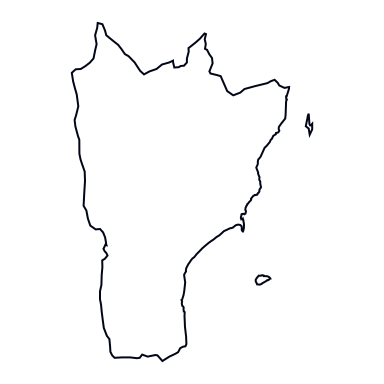 Bukoba Urban, Kagera, United Republic of Tanzania (Robinson projection)
{"feature_id": "72390352B77165247512892", "entity_name": "Bukoba Urban", "entity_type": "district", "adm_level": 2, "iso_a3": "TZA", "parent_name": "United Republic of Tanzania", "parent_adm1": "Kagera", "projection": "robinson", "projection_center": [31.824, -1.321], "detail": "fine", "context": "isolated", "style": "outline", "palette": "ink", "viewbox_px": 384, "rotation_deg": 0, "n_neighbors": 0, "source": "geoboundaries", "source_scale": "gbopen_adm2", "svg_char_len": 5494}
<svg xmlns="http://www.w3.org/2000/svg" viewBox="0 0 384 384"><path d="M185.4,346.3L185.5,346.2L186.4,344.0L186.3,341.2L186.2,339.5L186.1,336.5L185.9,334.9L185.4,330.5L184.9,326.0L184.9,325.6L184.9,325.3L184.8,322.5L184.5,316.0L184.7,312.1L184.0,311.3L183.8,311.3L183.8,311.0L183.6,309.9L183.5,308.8L183.7,307.9L183.5,307.2L183.4,306.9L183.2,306.7L182.3,305.6L182.2,305.6L182.1,305.3L181.9,304.1L181.8,303.1L182.1,301.7L181.6,300.3L181.9,300.3L183.5,295.2L183.8,293.6L184.2,291.3L184.2,291.0L184.3,290.6L185.2,282.4L184.2,275.8L184.2,274.4L185.0,273.1L185.3,272.5L186.0,271.5L185.9,270.0L186.1,269.2L186.2,268.3L188.3,264.2L189.0,263.3L190.9,260.4L192.5,258.4L193.5,257.7L194.1,257.3L195.8,255.2L196.1,254.8L196.6,254.1L196.9,253.9L199.9,250.8L202.5,248.1L208.6,242.9L209.9,242.0L210.6,241.5L211.0,241.2L211.3,241.0L211.4,240.9L212.5,240.2L213.4,239.6L213.5,239.5L214.4,238.8L216.3,237.2L217.2,236.6L217.3,236.6L218.4,235.9L219.4,235.3L222.7,232.3L223.8,231.2L227.9,229.3L228.3,229.1L228.8,228.8L229.4,228.6L229.9,228.4L230.6,228.1L231.4,228.1L233.1,227.5L233.2,227.3L233.9,226.7L234.0,226.6L234.8,226.0L235.4,225.5L236.6,224.9L238.7,224.6L239.2,224.8L240.2,225.0L240.3,225.1L241.1,225.7L241.5,226.1L241.8,227.9L241.8,228.6L241.7,229.3L241.7,229.6L241.8,230.0L242.3,231.0L242.5,231.2L242.8,231.5L243.0,231.5L243.4,230.2L243.7,228.8L243.8,228.2L243.9,227.8L243.9,227.0L243.9,226.5L244.0,225.5L244.0,225.0L244.0,224.8L243.9,223.8L243.7,222.3L243.4,221.2L243.3,220.2L243.2,220.1L243.3,220.0L243.0,219.5L242.8,218.6L242.7,218.7L242.5,218.8L242.1,219.0L241.3,219.3L240.9,218.0L240.9,217.1L241.0,216.7L241.4,215.6L241.4,215.2L241.4,214.9L241.5,214.6L241.6,214.2L241.8,214.2L242.2,214.1L242.3,214.0L242.5,213.9L243.1,213.8L243.7,213.9L244.0,214.1L244.3,214.3L244.6,214.1L245.0,213.9L245.4,213.6L245.5,213.4L245.5,213.1L245.6,212.7L245.7,212.4L246.0,211.7L245.9,211.4L245.9,211.2L245.7,210.4L245.3,210.0L245.4,209.1L245.6,207.7L245.8,207.4L246.0,206.9L246.1,206.6L246.4,205.8L246.9,205.4L247.2,204.2L247.6,203.9L248.2,203.5L248.7,202.5L249.2,202.0L249.8,201.4L250.7,200.5L250.8,200.4L251.2,199.4L251.0,198.8L251.2,198.5L251.6,197.9L252.1,197.4L252.3,197.1L253.1,196.1L253.4,195.9L254.0,195.6L254.4,195.1L255.0,195.0L255.8,195.1L256.4,194.6L257.1,194.7L257.6,194.0L257.7,193.8L257.9,193.2L258.3,192.9L258.7,192.5L258.9,192.4L259.4,191.3L259.4,190.4L259.4,190.0L259.7,189.4L259.9,188.9L260.0,188.8L260.3,188.4L260.9,187.6L260.9,186.4L260.5,185.0L260.3,183.7L260.2,182.7L260.3,181.8L260.2,181.5L259.8,180.6L259.4,180.1L259.3,179.1L259.3,178.6L259.4,177.7L259.5,177.2L258.9,175.8L258.0,173.4L258.2,172.6L256.3,167.7L256.7,166.5L257.5,165.0L257.6,164.7L257.8,163.4L257.9,162.4L257.8,161.4L258.3,159.4L259.1,158.6L259.5,158.1L260.6,156.7L264.6,147.8L266.2,146.3L266.5,146.0L266.7,145.8L266.8,145.7L269.8,142.0L270.7,139.9L271.0,139.6L271.9,138.8L272.6,137.2L272.8,136.9L273.2,136.0L273.3,135.8L275.2,134.6L275.8,134.3L276.0,133.0L278.1,132.5L278.3,132.3L279.3,130.7L278.7,129.1L278.7,128.6L278.8,127.5L278.9,127.1L278.9,126.9L280.8,124.2L281.7,123.0L285.2,118.6L285.6,114.8L286.1,101.5L286.3,100.9L286.7,99.8L286.4,99.8L286.3,99.3L286.1,96.4L286.6,96.4L288.9,89.1L289.1,87.0L284.5,87.9L279.3,85.5L277.7,82.8L274.6,79.8L270.6,81.3L267.5,83.1L255.2,86.1L244.5,89.0L240.3,92.6L237.2,93.8L233.6,95.2L233.2,95.3L227.2,91.1L220.7,76.2L217.8,75.3L216.7,75.0L210.5,73.5L209.4,71.4L212.6,63.4L212.0,58.0L209.2,54.1L207.1,49.9L205.0,48.8L205.8,44.0L204.7,39.2L206.0,34.1L204.5,33.5L200.0,38.6L195.6,42.5L191.1,46.1L188.5,48.1L188.7,51.7L186.9,58.6L186.9,62.5L184.0,65.7L180.6,66.0L178.8,67.2L174.3,67.5L173.0,61.9L173.0,60.7L169.1,62.5L162.0,64.5L156.5,69.0L149.5,71.4L144.0,74.4L140.1,70.8L134.6,62.4L128.6,56.2L124.9,54.1L121.2,48.7L118.1,44.8L113.9,41.5L106.3,35.3L105.0,30.5L102.4,24.2L97.7,23.0L97.2,27.8L95.1,35.3L96.6,44.2L95.3,49.6L93.5,58.5L89.8,62.7L85.1,66.3L80.7,69.0L75.7,69.3L71.8,72.8L73.1,81.2L74.9,88.1L76.7,94.3L78.3,106.3L76.2,114.9L74.6,120.0L75.4,126.5L78.0,136.1L79.3,139.7L79.4,153.7L80.5,159.3L81.9,163.6L84.7,171.6L85.0,181.1L84.3,192.3L83.6,205.8L86.4,210.6L87.9,218.6L90.3,225.6L95.7,229.4L100.0,229.0L103.1,232.4L105.1,237.4L106.1,243.1L105.9,243.6L106.5,245.2L105.3,244.9L104.7,246.3L103.5,248.8L104.7,251.3L106.4,253.1L107.5,255.6L104.8,258.8L102.2,260.4L102.4,267.1L101.7,275.0L101.4,285.0L100.0,291.3L100.0,299.3L101.0,304.4L101.7,311.6L102.8,320.4L103.8,327.9L106.9,335.9L109.4,339.1L110.1,346.6L110.4,351.8L112.2,355.4L114.6,357.8L121.9,357.4L130.3,357.4L136.9,358.2L139.7,357.8L142.2,354.6L147.7,356.6L155.4,355.0L157.5,355.4L162.4,361.0L169.4,356.6L175.3,353.8L178.1,352.2L180.2,348.2L183.0,346.7L185.4,346.3ZM263.7,275.5L263.2,275.4L262.4,275.2L261.9,275.5L261.5,275.5L261.3,275.4L260.1,275.8L258.8,275.6L258.2,276.4L258.0,276.5L257.5,277.0L257.4,277.3L257.0,277.8L256.6,278.3L255.8,279.5L255.7,281.1L255.8,281.7L256.1,282.0L256.3,282.4L256.5,283.0L256.8,283.5L257.0,283.9L257.2,284.1L257.2,284.3L257.3,284.3L257.6,284.4L258.2,284.5L258.6,284.5L258.9,284.5L260.0,284.6L260.5,284.3L261.2,284.1L261.6,283.9L262.0,283.6L262.3,283.2L263.3,282.7L266.0,281.2L267.0,280.3L267.7,280.1L267.7,280.3L268.3,280.1L268.9,279.7L269.3,279.2L269.7,278.8L270.4,278.6L270.3,278.4L269.9,278.0L269.4,277.3L268.3,276.7L268.1,276.5L266.8,276.2L265.0,276.1L264.2,276.1L263.9,276.1L263.9,275.7L263.7,275.5L263.7,275.5ZM309.4,123.8L308.7,113.7L308.0,115.3L305.8,126.2L308.7,128.6L309.7,134.7L312.2,129.4L312.2,123.8L310.8,125.4L310.1,125.4L309.4,123.8Z" fill="none" stroke="#020617" stroke-width="2"/></svg>